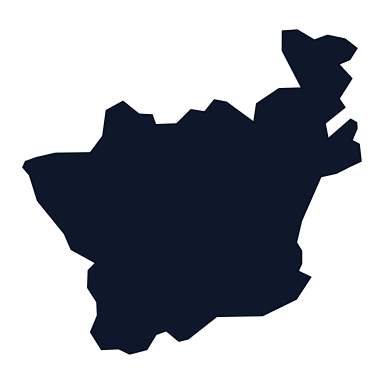 Kuçovë, Korçë, Albania (Equal Earth projection)
{"feature_id": "67620474B90792074310011", "entity_name": "Kuçovë", "entity_type": "district", "adm_level": 2, "iso_a3": "ALB", "parent_name": "Albania", "parent_adm1": "Korçë", "projection": "equal_earth", "projection_center": [20.706, 40.677], "detail": "fine", "context": "isolated", "style": "filled", "palette": "ink", "viewbox_px": 384, "rotation_deg": 0, "n_neighbors": 0, "source": "geoboundaries", "source_scale": "gbopen_adm2", "svg_char_len": 967}
<svg xmlns="http://www.w3.org/2000/svg" viewBox="0 0 384 384"><path d="M106.4,110.5L102.9,136.1L90.4,152.9L55.3,153.4L45.0,155.8L36.6,157.7L25.6,161.6L23.0,167.3L29.6,175.0L37.6,200.6L64.4,233.6L71.3,249.4L95.9,262.9L88.4,270.4L87.8,287.7L97.0,302.0L97.6,315.5L90.7,332.1L101.5,349.4L118.7,348.6L129.6,353.9L146.8,349.4L156.0,334.3L166.3,330.6L178.9,341.1L188.1,338.8L216.7,316.3L262.6,315.5L296.3,299.0L310.6,277.2L298.0,271.2L301.5,263.7L301.5,250.9L296.3,242.6L301.4,220.8L320.8,176.6L336.4,173.1L349.6,166.4L361.0,161.1L359.1,144.3L351.8,140.5L356.9,128.4L356.5,122.7L350.7,119.3L328.0,139.0L325.0,123.2L344.8,107.3L338.9,98.7L351.7,78.5L338.5,64.2L349.8,59.4L356.8,48.3L345.1,39.2L327.5,35.4L314.3,40.2L297.2,30.1L282.5,31.1L282.4,50.6L301.9,88.1L279.0,88.8L256.7,103.8L253.9,122.5L226.4,102.3L214.4,100.0L204.7,112.0L191.0,109.8L176.7,124.0L155.5,124.8L152.1,115.0L139.0,114.3L123.0,101.5L106.4,110.5Z" fill="#0f172a" stroke="#020617" stroke-width="1.5"/></svg>